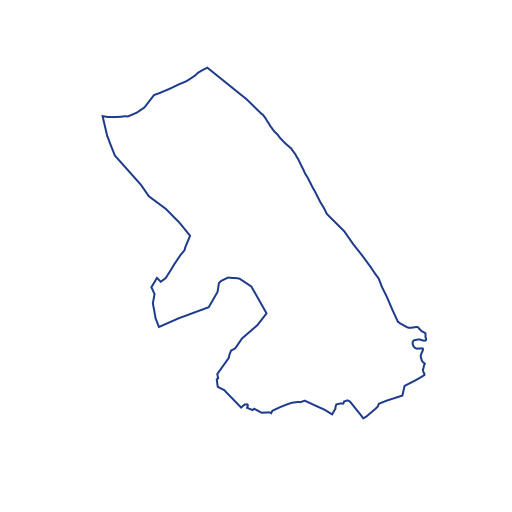 the district of Al Khabt, Al Mahwit, Yemen, rotated 64°
{"feature_id": "15242507B38979687993387", "entity_name": "Al Khabt", "entity_type": "district", "adm_level": 2, "iso_a3": "YEM", "parent_name": "Yemen", "parent_adm1": "Al Mahwit", "projection": "albers", "projection_center": [43.386, 15.485], "detail": "fine", "context": "isolated", "style": "outline", "palette": "blue", "viewbox_px": 512, "rotation_deg": 64, "n_neighbors": 0, "source": "geoboundaries", "source_scale": "gbopen_adm2", "svg_char_len": 3641}
<svg xmlns="http://www.w3.org/2000/svg" viewBox="0 0 512 512"><g transform="rotate(64 256 256)"><path d="M65.4,217.2L65.4,220.2L65.5,222.4L65.6,224.6L65.9,227.8L67.1,231.8L67.2,232.3L68.4,241.9L67.9,250.7L67.9,259.4L67.5,267.4L67.2,272.1L66.6,277.0L73.5,291.0L73.8,292.6L74.9,300.4L74.4,310.1L73.2,311.9L71.6,316.4L70.8,318.4L68.9,322.7L66.2,328.1L63.1,332.6L72.3,334.7L83.7,337.3L84.4,337.1L89.3,337.7L103.8,338.8L106.0,338.2L138.4,329.1L141.6,328.2L150.2,326.9L155.2,326.2L174.1,316.4L192.5,310.2L208.9,306.4L217.5,316.1L219.4,317.6L222.0,323.4L227.8,333.4L227.9,333.5L230.9,338.1L236.3,346.9L237.4,352.9L232.3,354.6L238.2,363.7L245.8,363.9L253.4,369.5L261.2,371.6L268.0,373.6L276.8,374.3L277.2,374.4L277.3,373.4L277.3,372.8L277.7,362.5L278.1,352.5L281.3,320.9L271.4,306.3L264.1,301.2L263.1,298.2L263.1,290.6L265.6,286.5L266.7,284.4L267.0,283.8L268.0,282.3L268.8,281.2L269.1,280.8L272.1,279.0L278.6,275.2L281.4,273.6L281.5,273.6L291.7,272.9L312.2,271.7L318.8,285.2L324.0,304.8L329.9,315.1L330.1,319.9L332.9,323.0L335.6,325.1L335.8,325.4L345.1,342.5L349.4,343.7L349.6,345.3L354.8,347.1L356.9,347.7L362.7,343.3L365.3,342.5L385.7,335.8L384.5,331.3L385.6,328.8L386.8,328.8L388.5,330.6L393.0,326.6L392.5,324.6L399.4,319.6L399.9,318.3L402.5,312.4L403.9,311.3L402.3,309.2L402.4,300.9L402.9,293.6L403.6,288.1L405.7,282.0L406.8,280.3L407.4,275.8L407.4,275.6L410.1,273.4L415.9,268.7L424.2,261.8L431.7,257.0L427.9,251.4L426.4,250.7L424.6,248.8L425.7,244.3L426.2,243.6L426.9,242.3L425.4,240.5L425.9,237.0L426.8,236.3L428.0,235.4L429.6,235.0L445.9,231.3L448.9,230.8L448.7,227.1L448.2,225.4L445.7,215.6L444.7,212.6L442.7,210.3L443.3,201.7L445.6,185.6L437.9,179.4L437.6,165.7L437.1,159.3L436.9,157.6L436.9,157.1L436.8,156.8L436.7,156.8L435.6,156.3L433.8,156.4L431.2,155.8L430.7,155.2L430.0,154.4L428.9,153.7L427.7,152.6L427.2,152.0L426.8,151.5L426.1,151.7L425.0,152.3L424.0,152.6L422.8,152.8L421.7,152.7L420.6,152.3L419.5,152.4L418.8,152.0L417.4,151.4L416.7,150.6L415.9,149.8L415.0,148.6L414.3,147.9L413.6,147.1L412.8,146.7L412.5,146.7L412.2,146.7L411.6,147.7L411.0,149.3L410.4,150.4L410.0,151.8L409.4,152.5L408.0,153.5L406.2,154.0L404.3,153.9L402.8,153.4L401.8,152.6L401.2,151.7L401.1,150.3L401.6,148.7L402.1,147.2L402.4,146.0L403.1,145.0L404.8,143.4L405.5,142.4L406.2,141.0L406.0,140.0L404.6,139.3L403.3,139.3L401.6,138.4L399.8,137.6L398.5,138.3L396.3,140.0L393.6,141.0L391.4,141.5L390.3,142.4L389.6,144.6L388.8,147.1L387.9,149.5L386.6,151.1L384.4,152.8L382.0,154.4L379.5,156.2L379.1,156.3L377.6,157.0L377.1,157.2L377.1,157.3L363.8,157.0L350.2,156.3L339.2,156.4L330.1,155.6L324.2,156.7L315.6,157.9L305.2,159.8L301.9,160.4L287.7,163.5L272.6,165.8L253.6,172.4L249.4,173.8L248.7,173.9L246.6,173.9L244.6,173.9L242.4,174.0L240.1,174.1L237.9,174.4L235.7,174.6L233.5,174.6L232.5,174.6L231.4,174.6L229.4,174.7L226.9,174.7L224.5,174.7L222.4,174.8L220.2,175.0L218.0,175.1L216.0,175.1L214.4,175.1L212.3,175.2L210.4,175.2L209.0,175.2L206.5,175.4L204.8,175.6L203.2,175.7L201.7,175.7L199.9,175.6L199.6,175.6L198.5,175.6L198.0,175.6L196.5,175.6L195.0,175.7L194.9,175.7L192.8,175.6L192.2,175.6L191.3,175.7L189.3,175.6L187.4,175.6L185.3,175.9L183.7,176.0L182.3,176.0L180.4,176.3L178.1,176.7L176.4,177.1L174.9,177.1L173.4,177.9L171.8,178.5L170.3,179.1L169.0,179.7L167.6,180.3L166.2,180.8L165.5,181.0L164.8,181.3L163.0,181.8L161.5,182.3L159.3,182.9L157.8,183.1L156.3,183.4L154.9,183.9L153.5,184.4L152.0,185.0L150.3,185.3L148.7,185.6L147.3,185.8L145.8,186.2L144.3,186.3L142.7,186.3L141.0,186.6L139.4,186.9L137.9,186.9L136.4,187.1L134.8,187.3L134.5,187.4L133.3,187.7L132.3,187.8L130.2,188.9L111.1,195.7L65.4,217.2Z" fill="none" stroke="#1e3a8a" stroke-width="2"/></g></svg>